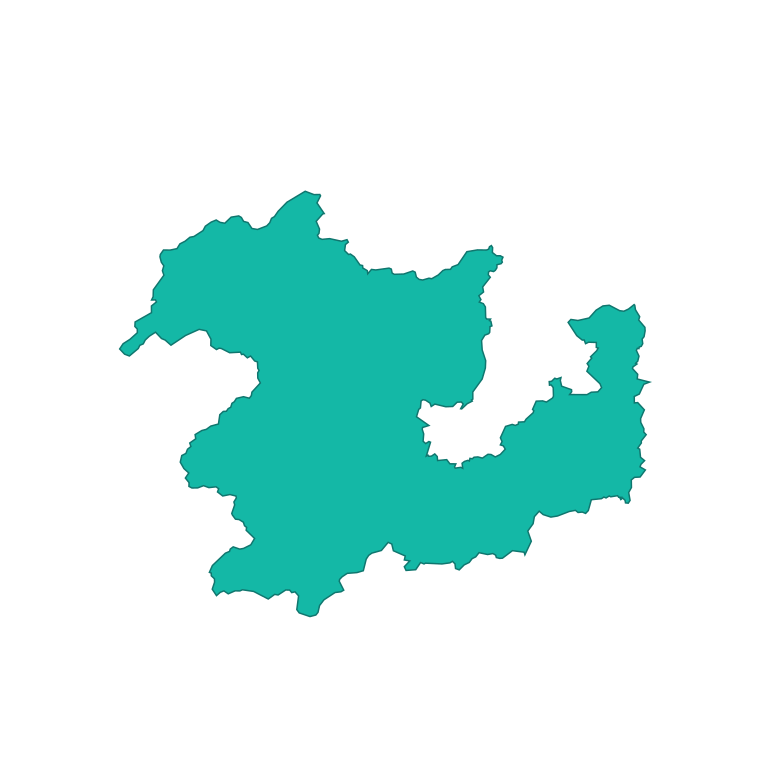 Yen Son, Tuyên Quang, Vietnam (Equal Earth projection), rotated 238°
{"feature_id": "81297802B74193371644879", "entity_name": "Yen Son", "entity_type": "district", "adm_level": 2, "iso_a3": "VNM", "parent_name": "Vietnam", "parent_adm1": "Tuyên Quang", "projection": "equal_earth", "projection_center": [105.29, 21.864], "detail": "fine", "context": "isolated", "style": "filled", "palette": "teal", "viewbox_px": 768, "rotation_deg": 238, "n_neighbors": 0, "source": "geoboundaries", "source_scale": "gbopen_adm2", "svg_char_len": 6171}
<svg xmlns="http://www.w3.org/2000/svg" viewBox="0 0 768 768"><g transform="rotate(238 384 384)"><path d="M234.8,190.8L226.0,198.0L224.2,203.8L225.3,207.0L230.3,212.0L232.8,218.7L233.1,232.0L230.6,237.4L230.5,240.6L240.4,241.5L241.8,242.8L242.7,246.3L242.9,252.5L238.4,261.1L236.6,267.5L244.9,276.1L246.8,280.2L247.0,284.1L244.2,293.6L247.5,303.6L244.2,305.8L237.6,303.6L226.9,310.9L224.0,308.0L220.3,312.1L218.3,304.4L214.2,303.9L209.7,312.5L213.2,320.4L210.2,322.6L210.1,324.2L200.7,337.8L197.4,345.1L197.3,348.1L193.9,348.9L189.6,346.9L186.5,349.3L188.1,356.2L187.5,361.7L189.2,366.2L188.8,370.2L190.6,375.2L184.5,381.5L182.5,386.5L179.7,388.0L177.3,387.3L174.8,389.7L173.5,392.2L174.6,404.6L167.1,413.7L164.5,413.0L172.6,425.6L183.1,428.0L186.5,436.4L191.8,441.2L193.9,448.2L188.9,449.8L182.7,455.0L180.1,461.2L177.7,473.6L175.4,479.4L172.2,480.5L170.3,484.3L167.4,486.4L168.4,490.2L176.0,498.5L171.5,507.7L171.6,510.6L169.7,511.9L169.7,515.7L168.2,516.5L165.5,522.9L163.6,523.0L162.3,524.9L162.2,523.7L160.5,523.6L160.7,526.0L157.6,526.8L155.2,525.8L153.5,528.0L154.9,531.0L162.3,534.0L165.1,539.0L171.6,542.9L172.1,547.0L169.4,551.9L172.6,560.1L178.1,557.2L179.7,559.3L180.9,564.4L185.9,562.7L193.2,566.3L195.2,565.2L197.6,571.0L199.4,572.0L202.1,579.5L205.6,578.8L208.3,580.7L215.4,581.4L218.7,583.3L224.1,591.1L233.8,589.3L235.3,586.3L240.8,589.6L240.2,595.2L246.1,604.2L244.9,610.2L254.1,601.4L257.8,604.3L265.4,602.9L266.6,604.2L266.9,609.1L268.2,608.4L268.9,611.3L272.5,615.0L278.8,615.8L280.0,617.8L278.9,618.9L280.1,620.1L279.6,622.1L281.1,624.8L285.3,626.7L286.3,629.6L290.7,633.6L293.8,635.3L303.3,633.9L305.6,636.5L313.7,636.6L317.9,638.4L318.8,638.2L318.0,631.1L318.6,626.0L321.3,622.7L331.4,616.8L334.2,611.0L334.2,603.0L331.3,592.9L335.1,582.1L339.7,576.7L338.7,572.8L322.8,573.1L316.2,575.4L315.2,577.1L311.4,576.3L311.0,579.7L306.7,586.1L302.5,583.4L301.0,584.7L299.5,582.0L297.6,573.6L295.9,573.9L293.7,567.1L290.5,567.2L287.3,562.8L269.8,567.3L265.6,566.6L264.0,561.2L267.2,555.4L267.4,550.5L276.7,535.8L278.0,539.1L279.8,540.0L288.0,533.5L293.6,535.4L295.7,537.5L296.7,533.2L298.4,531.9L297.5,527.5L298.5,525.4L295.3,523.7L294.6,525.3L291.3,525.6L283.8,521.2L282.8,519.5L282.6,512.2L285.6,509.6L288.8,504.0L283.7,496.5L282.0,496.9L280.6,495.3L278.9,485.9L277.5,483.1L280.4,477.9L278.8,476.6L279.3,473.4L281.8,471.3L283.6,464.6L276.7,454.2L272.6,453.6L270.7,450.4L268.3,452.4L264.5,452.3L262.6,445.3L263.2,439.7L267.5,437.4L269.3,434.9L269.0,428.2L272.4,425.0L274.2,421.5L273.8,419.3L275.4,417.5L273.5,415.6L274.8,414.7L275.7,411.2L275.4,408.2L270.8,406.1L272.6,405.0L274.9,399.8L276.3,399.9L278.2,402.6L281.4,397.6L286.6,397.1L290.7,388.9L294.3,390.7L297.8,390.0L297.7,385.9L299.1,383.5L300.4,383.6L300.5,381.7L310.0,392.6L311.4,391.6L311.4,387.8L314.7,386.8L320.6,391.2L325.3,392.4L326.7,393.6L325.0,400.1L339.0,394.2L344.1,400.0L344.4,402.2L350.0,406.5L350.1,408.7L348.2,410.7L343.4,412.9L339.9,412.1L340.0,416.5L332.0,424.3L328.5,430.4L329.8,436.4L327.7,440.1L325.0,440.5L322.4,435.9L321.7,436.7L323.2,444.2L322.7,449.8L324.1,449.8L324.1,451.3L330.2,455.1L336.2,469.9L343.8,478.4L349.9,482.6L360.8,485.3L369.2,489.8L372.0,495.4L371.2,499.4L371.8,501.0L376.5,504.3L376.1,506.3L380.6,507.9L381.9,507.0L382.6,508.7L384.7,505.5L386.4,505.4L395.6,510.8L399.5,510.8L403.0,508.2L404.2,510.9L408.6,511.2L409.3,517.2L414.0,519.1L418.2,530.7L421.3,530.3L423.6,532.0L423.7,534.1L421.3,536.5L421.4,538.6L422.7,541.3L425.3,543.0L424.0,547.0L424.6,548.9L426.7,549.5L428.5,552.1L431.1,550.6L433.1,547.4L438.1,545.6L442.1,548.4L444.5,548.4L444.5,546.2L442.9,544.2L443.3,541.9L448.2,534.3L452.3,524.4L446.0,510.1L447.2,503.9L446.0,501.1L448.6,496.7L449.0,494.0L447.7,487.8L448.0,480.3L449.9,478.2L451.7,471.9L454.1,469.2L457.5,468.1L462.3,469.7L464.6,468.3L466.8,459.0L471.6,450.8L473.8,449.7L477.6,451.1L479.6,449.7L485.1,437.4L487.8,434.1L486.1,428.6L489.0,429.9L493.6,427.5L495.8,428.6L497.7,426.7L507.6,426.2L512.0,424.4L512.6,422.6L518.0,421.3L522.7,425.2L523.2,428.9L526.0,429.1L527.6,423.6L536.1,414.9L539.5,408.1L542.5,406.0L545.5,406.4L546.2,408.7L549.5,411.4L557.9,412.7L560.7,422.2L560.2,423.6L573.1,423.1L577.2,429.9L578.7,430.0L581.7,425.0L589.2,419.3L589.6,398.1L586.6,385.8L584.0,379.8L584.1,376.4L581.3,372.6L580.2,368.3L582.1,358.6L585.9,354.4L593.0,354.2L596.3,351.1L600.8,351.3L603.5,349.9L606.5,342.8L604.7,334.2L608.0,330.6L612.0,328.6L612.9,323.2L612.5,316.1L610.0,311.8L609.8,301.0L611.3,297.2L610.5,291.0L611.0,285.2L608.5,280.2L610.9,273.6L614.5,268.0L612.4,263.0L610.6,261.4L605.3,259.7L600.9,259.9L597.5,256.1L592.9,255.0L586.1,238.3L580.4,234.5L578.4,231.4L576.4,234.8L574.2,234.5L573.4,228.1L567.7,224.6L568.5,205.8L564.8,203.2L561.4,203.9L558.2,202.0L556.5,192.2L556.4,184.1L553.8,178.4L546.8,179.8L542.7,182.9L544.3,194.4L546.2,197.4L545.6,201.1L547.8,204.8L548.9,210.3L549.0,217.7L540.5,219.4L537.2,221.7L529.8,223.9L530.3,241.5L528.3,256.2L523.1,261.6L513.7,261.0L508.4,257.5L502.0,260.2L501.8,263.1L500.4,264.8L492.3,269.7L487.1,279.1L484.5,278.8L483.8,280.6L478.6,282.0L478.4,285.7L472.1,286.5L469.8,288.4L464.3,285.3L461.7,285.2L460.4,282.8L455.9,280.1L450.4,279.7L447.1,267.7L444.5,265.4L443.3,262.3L447.7,258.1L450.0,251.2L448.3,247.7L448.2,244.8L445.5,241.7L445.7,238.8L444.4,235.9L445.9,233.2L445.0,228.5L437.8,222.4L440.1,214.8L439.7,209.3L441.1,204.8L441.2,197.0L437.3,195.3L436.9,188.0L433.3,187.1L432.8,182.8L430.1,179.2L430.5,174.6L425.7,169.8L418.3,169.5L412.0,171.3L409.5,165.7L403.7,166.4L400.5,164.3L397.6,166.0L394.6,171.0L393.4,177.1L388.9,180.6L385.8,187.1L382.8,188.3L380.7,185.6L374.5,187.9L371.9,194.8L367.4,199.1L365.6,198.4L363.5,194.2L360.6,193.3L354.9,186.3L353.3,186.0L348.1,186.4L345.8,189.3L341.3,191.5L337.7,190.6L335.2,191.5L333.0,189.6L321.6,192.4L318.2,185.8L319.0,177.8L320.4,174.2L325.8,169.8L325.5,166.2L323.9,164.3L324.6,159.8L321.0,142.3L316.8,136.1L315.2,137.3L312.9,135.9L308.7,137.0L305.7,135.3L301.0,129.6L293.3,129.8L294.1,134.8L293.4,138.6L288.6,140.7L287.5,148.1L284.9,152.1L284.5,154.9L277.2,163.5L263.0,171.9L263.5,179.8L261.2,182.4L261.4,191.5L259.2,194.8L256.0,195.2L254.9,198.4L249.6,199.3L238.9,190.5L234.8,190.8Z" fill="#14b8a6" stroke="#0f766e" stroke-width="1.5"/></g></svg>